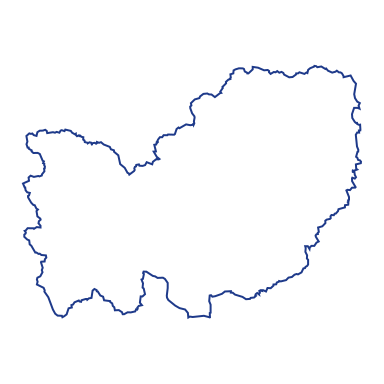 Pyay, Bago, Myanmar (Mercator projection)
{"feature_id": "60261553B730883612766", "entity_name": "Pyay", "entity_type": "district", "adm_level": 2, "iso_a3": "MMR", "parent_name": "Myanmar", "parent_adm1": "Bago", "projection": "mercator", "projection_center": [95.274, 18.774], "detail": "fine", "context": "isolated", "style": "outline", "palette": "blue", "viewbox_px": 384, "rotation_deg": 0, "n_neighbors": 0, "source": "geoboundaries", "source_scale": "gbopen_adm2", "svg_char_len": 5893}
<svg xmlns="http://www.w3.org/2000/svg" viewBox="0 0 384 384"><path d="M188.3,317.5L189.8,316.6L192.7,317.0L203.9,315.8L209.7,317.3L210.0,318.1L209.8,314.4L209.8,313.0L210.6,312.7L210.6,304.7L209.2,301.2L209.7,295.5L211.0,295.2L212.4,296.7L215.2,296.2L222.0,293.8L224.9,291.5L230.9,291.2L230.8,292.6L232.7,292.7L235.0,294.6L242.5,296.9L246.0,299.2L250.0,298.9L250.6,297.9L254.1,297.5L255.9,295.9L255.3,295.5L255.7,294.2L257.2,293.0L259.0,294.4L258.8,293.5L259.9,292.8L259.3,290.9L260.0,290.5L261.8,290.9L261.5,290.2L263.2,290.2L266.0,291.5L267.5,288.0L270.7,288.2L273.4,285.7L273.5,284.5L276.2,284.3L276.8,282.5L278.9,281.7L279.1,281.0L280.8,281.4L286.1,280.1L288.5,277.6L291.9,277.0L294.5,274.7L296.6,274.0L298.0,274.4L301.5,272.4L303.4,268.4L305.0,268.1L305.5,266.9L307.2,265.9L308.1,264.5L308.1,259.8L306.9,258.5L307.1,255.3L305.4,251.9L305.7,248.0L305.2,246.2L307.8,246.2L309.5,249.0L309.7,247.5L311.4,245.9L314.3,245.9L316.5,242.6L318.7,241.5L315.8,236.7L315.6,235.4L316.5,234.3L317.9,234.0L317.7,233.0L318.8,231.9L318.1,227.5L322.3,226.3L325.4,223.1L325.3,220.7L326.7,219.6L330.0,218.9L330.7,218.2L330.5,216.3L331.5,215.0L333.8,215.2L334.7,213.7L335.9,213.5L338.0,211.1L338.5,209.2L344.9,207.4L345.0,205.2L348.2,204.7L348.4,202.8L347.8,202.1L348.5,201.3L348.1,200.3L349.0,199.8L349.0,197.0L346.4,190.4L347.4,189.8L350.0,190.1L352.0,187.7L355.2,187.6L355.6,187.1L352.1,181.2L352.0,178.3L352.3,177.7L354.8,178.6L356.0,177.2L354.8,174.9L354.4,172.1L352.8,171.9L352.7,171.0L352.8,170.5L353.7,170.8L357.2,169.5L356.2,168.7L355.9,164.4L360.8,163.2L361.0,161.7L360.0,160.4L358.1,159.9L357.3,157.7L356.1,156.8L357.5,151.8L358.2,151.6L358.3,149.8L357.0,146.5L355.8,134.8L357.2,132.5L359.1,132.6L358.9,130.5L360.3,130.4L360.4,129.6L360.1,124.7L359.2,124.9L357.2,124.0L357.0,122.9L355.8,122.9L354.7,121.8L352.3,118.0L352.0,114.2L354.1,107.9L357.6,107.9L359.5,108.7L358.6,105.6L359.8,103.1L357.2,101.6L355.0,98.1L354.2,94.2L356.0,83.7L353.6,81.0L350.6,75.5L343.6,77.2L343.5,76.0L341.9,73.3L340.5,72.4L339.0,72.4L336.8,70.7L335.5,71.7L332.2,72.6L328.0,70.7L326.1,68.5L325.4,69.0L321.3,66.5L317.3,67.2L316.2,66.2L314.4,65.9L314.1,66.6L310.2,68.2L308.2,69.8L307.4,73.0L306.5,72.5L304.4,73.9L299.4,72.3L298.0,73.4L296.2,73.4L296.0,74.5L292.6,77.0L289.2,77.3L284.1,74.6L283.3,72.9L281.5,71.9L279.3,72.7L277.2,71.1L275.6,72.3L273.8,72.0L270.6,73.9L269.0,72.2L269.1,71.0L267.7,70.0L264.1,70.3L258.1,67.7L252.7,66.9L252.7,69.4L248.4,73.4L247.3,73.4L247.1,72.7L244.8,71.5L243.9,68.9L242.8,68.4L239.0,68.3L235.4,69.4L233.6,70.4L233.3,73.4L230.4,74.3L230.8,77.7L229.9,78.6L230.2,79.1L228.3,79.7L225.9,81.9L226.1,83.3L222.4,87.0L222.8,88.0L220.3,91.6L221.2,92.9L220.1,93.1L214.9,97.1L211.5,94.5L209.0,94.4L207.3,93.5L203.4,93.9L200.1,96.4L199.4,98.1L194.8,99.4L190.9,103.2L191.4,105.5L190.2,106.6L190.3,108.3L192.1,113.3L194.4,116.3L194.6,117.6L193.9,121.4L194.3,123.4L193.6,124.9L193.3,123.9L192.2,124.9L190.3,125.2L186.1,124.4L179.5,128.2L178.5,127.5L176.6,129.0L174.9,134.1L174.1,134.7L168.0,134.5L167.4,135.2L163.6,135.2L162.2,137.2L159.9,137.2L158.1,139.5L157.4,141.0L157.9,142.0L157.0,143.0L156.6,142.7L156.2,144.5L154.3,144.8L155.9,151.4L153.7,151.6L156.8,156.9L159.4,159.0L158.7,159.4L157.0,158.7L156.8,159.4L156.1,159.3L152.9,161.8L152.2,164.3L146.7,162.2L145.1,165.1L142.6,165.9L139.4,165.7L138.9,164.4L136.3,164.9L136.0,166.4L134.9,166.9L134.3,168.4L134.7,169.9L134.1,171.0L129.3,174.6L128.8,173.4L127.5,172.8L124.7,167.8L120.2,164.1L118.3,155.3L114.1,151.8L113.9,150.3L110.9,149.3L109.8,146.9L103.7,144.5L101.0,142.2L99.0,142.8L97.0,142.0L96.9,143.2L96.1,143.7L94.8,142.8L91.8,143.3L92.1,145.3L91.2,142.7L89.5,142.3L87.8,143.3L87.7,142.8L84.8,142.1L84.5,140.5L83.2,139.6L83.3,137.2L81.3,136.8L80.4,135.7L79.4,136.1L78.9,135.3L77.0,136.2L75.9,135.0L75.8,133.7L74.9,134.3L72.1,132.7L70.8,130.9L65.3,129.6L64.5,131.1L61.7,130.2L60.6,130.6L59.4,132.7L56.6,131.9L55.0,132.7L53.0,132.2L47.2,133.1L46.7,130.9L45.2,129.8L42.9,130.6L39.7,130.7L37.4,132.2L36.5,135.9L33.7,135.1L32.3,133.5L31.0,133.9L29.3,133.4L26.4,136.0L27.4,141.6L26.5,144.2L27.6,147.6L28.7,147.6L28.9,148.8L31.7,150.4L31.6,151.4L33.4,153.0L37.7,152.9L39.8,154.0L42.7,160.8L43.9,161.4L43.1,163.2L44.3,163.8L44.2,165.2L44.9,166.4L44.7,168.4L44.1,168.6L44.4,171.3L42.0,174.3L41.8,175.5L39.4,176.4L38.3,176.0L33.9,176.9L30.6,175.7L28.6,177.5L29.0,180.8L23.0,183.5L24.7,187.5L25.2,187.5L25.6,190.3L27.2,192.3L29.8,192.9L29.0,195.5L28.0,196.0L28.1,197.4L31.2,202.7L33.4,205.0L34.7,205.2L36.4,208.6L37.9,209.5L36.5,211.1L37.4,216.4L40.3,218.6L40.6,219.7L38.9,221.2L38.5,223.3L40.5,225.7L40.5,227.5L36.7,227.1L34.0,228.8L33.6,228.3L27.6,228.2L25.7,230.5L24.7,230.9L25.8,232.4L25.6,233.5L24.3,234.6L24.3,236.8L27.2,239.5L29.2,240.4L29.7,244.4L31.3,245.7L35.3,252.6L36.4,252.5L38.5,253.9L39.7,253.7L41.4,255.0L45.9,255.4L46.3,257.6L44.9,259.2L44.6,261.5L41.2,261.7L41.0,262.4L42.7,267.8L41.8,270.1L42.5,272.2L40.3,276.3L37.4,277.7L36.9,279.5L37.6,281.7L36.9,284.5L43.6,287.8L44.7,290.3L44.4,291.6L48.3,297.2L52.9,309.5L55.2,313.7L57.6,315.6L61.9,315.8L62.4,317.2L64.2,316.2L66.6,314.4L68.6,308.3L71.8,307.5L71.4,305.1L73.1,304.5L74.5,302.3L78.8,300.5L79.5,301.5L81.1,301.8L81.6,300.2L85.7,299.0L86.8,299.0L87.2,299.8L88.8,298.4L91.5,297.9L92.6,290.6L94.4,289.0L96.6,290.1L96.8,291.3L97.8,291.5L100.3,295.5L103.1,296.7L104.1,300.3L110.1,301.1L110.3,302.1L112.2,303.4L112.8,305.9L114.3,307.3L114.9,310.3L118.8,310.1L122.0,312.2L122.7,314.2L124.1,314.2L127.6,312.3L130.8,312.4L135.2,311.4L136.1,309.3L137.2,309.6L137.7,308.6L137.3,307.7L138.8,305.9L141.9,305.2L139.9,302.7L140.7,296.4L142.4,296.5L145.0,294.2L143.7,288.5L142.6,287.6L143.0,283.3L141.5,279.5L142.9,278.9L143.9,274.0L143.1,273.1L143.6,271.6L146.4,271.7L152.8,275.9L155.2,276.4L157.5,277.9L162.9,277.7L164.9,278.9L167.7,282.9L167.7,288.1L166.8,295.6L167.0,297.6L168.3,300.0L175.2,305.6L179.5,308.1L185.1,309.5L187.9,312.9L188.3,317.5Z" fill="none" stroke="#1e3a8a" stroke-width="2"/></svg>